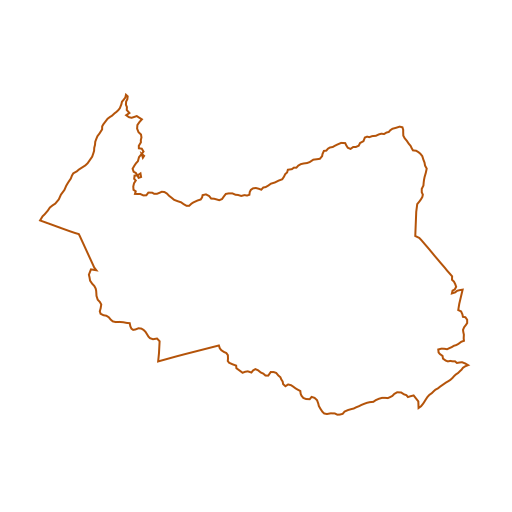 outline of Itapipoca, Ceará, Brazil, rotated 273°
{"feature_id": "56859067B2993519795590", "entity_name": "Itapipoca", "entity_type": "district", "adm_level": 2, "iso_a3": "BRA", "parent_name": "Brazil", "parent_adm1": "Ceará", "projection": "albers", "projection_center": [-39.58, -3.366], "detail": "fine", "context": "isolated", "style": "outline", "palette": "amber", "viewbox_px": 512, "rotation_deg": 273, "n_neighbors": 0, "source": "geoboundaries", "source_scale": "gbopen_adm2", "svg_char_len": 5610}
<svg xmlns="http://www.w3.org/2000/svg" viewBox="0 0 512 512"><g transform="rotate(273 256 256)"><path d="M104.0,330.4L102.3,332.3L101.9,335.1L102.8,338.8L102.9,342.9L101.8,345.5L102.0,347.9L102.9,350.8L105.3,352.6L107.0,356.0L108.1,359.2L108.8,361.6L110.2,364.0L111.4,366.7L112.8,369.1L114.1,371.9L115.2,374.5L116.0,377.3L116.5,380.8L118.3,383.1L119.9,386.3L120.9,389.2L121.1,392.1L121.0,395.1L122.0,397.1L123.4,399.5L125.5,401.3L127.3,404.1L127.3,408.1L125.6,411.0L124.9,413.5L123.1,415.1L124.0,417.5L125.0,420.7L119.3,425.7L112.7,426.3L114.6,428.7L117.4,430.7L119.3,431.8L121.5,433.0L124.2,434.6L126.4,436.4L128.3,438.8L130.3,440.6L131.9,442.2L133.3,444.6L135.2,446.7L137.6,449.8L139.7,452.5L141.1,454.7L142.5,456.6L144.5,458.6L146.3,460.0L148.1,461.7L149.8,464.0L151.7,465.7L153.2,467.2L155.2,468.5L156.8,470.7L158.1,473.5L159.6,470.6L160.7,467.3L160.3,464.8L159.7,462.2L161.2,460.3L161.1,457.8L161.4,455.6L160.8,453.1L161.5,450.9L163.3,448.1L166.0,447.5L167.7,444.8L169.2,443.4L172.2,442.9L173.2,446.1L173.2,449.2L172.9,451.7L174.3,454.3L175.3,456.3L176.7,458.3L177.5,460.6L178.8,462.7L181.1,465.5L182.2,468.1L184.7,467.7L188.3,467.7L190.9,467.0L193.1,466.6L195.8,467.6L198.1,469.2L200.1,470.4L203.4,470.2L205.8,468.3L206.1,465.8L208.5,465.2L211.4,463.7L212.6,460.8L219.0,461.5L233.2,464.1L232.6,461.3L231.8,458.7L230.1,456.8L228.9,453.6L231.7,454.1L233.0,456.2L235.7,457.5L238.4,456.4L240.8,455.0L242.5,453.0L246.0,452.9L251.5,447.5L254.0,445.3L259.0,440.5L265.8,434.1L271.7,428.7L280.7,420.1L282.6,418.1L284.3,414.0L308.6,413.7L316.3,414.3L319.1,416.4L321.3,417.8L323.6,419.0L326.0,419.4L328.3,418.2L331.7,418.0L335.1,419.5L338.1,419.6L340.9,419.8L343.6,420.2L347.9,421.2L352.2,421.9L355.1,420.1L358.1,419.4L361.0,418.1L364.5,416.8L366.8,414.7L368.2,412.8L369.5,410.4L369.7,407.2L371.7,405.9L374.1,404.6L376.2,402.6L378.9,400.6L381.4,398.3L383.9,396.8L387.4,396.5L389.7,396.4L392.2,395.5L392.7,392.7L391.3,389.0L390.2,385.6L388.6,383.5L386.8,382.1L386.1,379.8L384.5,377.5L384.7,374.8L383.9,372.4L382.3,369.4L381.8,365.8L380.6,362.9L381.0,360.7L380.0,358.5L376.3,357.3L374.3,354.0L371.5,352.8L370.1,350.0L369.9,347.3L367.9,344.8L368.9,342.0L371.3,340.3L373.4,339.2L373.4,335.1L371.5,331.3L370.1,328.8L368.9,327.0L368.2,324.1L366.9,322.2L364.9,320.7L364.5,318.3L361.4,317.1L359.2,316.8L356.4,314.7L355.8,311.6L355.2,308.2L352.6,304.7L351.5,302.1L350.9,298.8L350.1,296.0L348.5,293.5L346.3,291.7L346.2,289.2L344.6,287.3L343.8,283.3L341.1,282.7L339.3,280.9L336.7,279.8L334.0,278.2L332.5,274.7L330.4,271.0L329.0,267.1L327.0,264.6L325.3,262.0L324.8,259.7L322.5,257.8L323.3,255.2L323.9,252.3L323.4,249.5L321.8,247.4L319.5,246.4L316.8,246.2L315.9,243.9L316.2,241.3L315.2,238.1L316.0,234.9L316.1,232.3L317.3,229.1L317.1,225.5L316.4,222.6L313.8,220.8L311.1,219.1L309.8,216.4L310.5,213.4L311.0,211.1L311.0,208.2L313.4,206.1L314.9,202.8L314.0,199.5L311.7,199.1L309.5,197.8L308.4,194.8L307.2,192.5L306.2,190.6L304.9,188.8L302.6,186.6L302.5,184.0L304.0,181.0L305.7,178.4L306.6,175.0L307.8,171.3L309.8,168.6L311.6,166.0L313.7,163.8L315.1,161.2L315.2,158.5L314.1,156.4L312.9,153.8L312.8,151.0L313.8,149.0L313.7,145.2L310.9,143.3L310.6,140.4L311.9,137.1L311.7,134.6L311.7,131.9L314.3,132.5L315.7,130.2L319.0,129.8L322.3,130.4L325.1,132.0L326.7,130.3L329.9,130.5L330.2,133.4L332.7,131.6L333.7,129.4L336.7,128.2L340.0,129.9L342.3,131.3L344.5,133.1L348.6,134.0L352.0,136.5L354.4,138.2L357.2,136.3L357.4,133.4L359.9,133.2L363.5,135.1L365.7,134.9L368.4,135.4L371.3,134.8L373.5,132.2L377.0,130.6L380.6,130.7L383.8,132.7L386.5,134.9L388.1,132.0L389.5,129.6L388.6,127.4L387.5,124.5L388.0,121.8L389.8,119.0L392.2,122.1L395.0,119.3L398.0,119.3L400.2,118.2L403.4,118.2L405.8,119.3L408.7,119.5L410.2,117.7L407.4,117.2L404.9,115.5L403.1,114.1L400.4,113.6L396.5,112.3L394.5,110.9L392.5,109.0L391.1,107.3L388.5,104.8L387.3,103.0L385.3,100.6L379.6,96.7L377.4,95.6L374.4,95.7L370.0,93.2L367.4,91.4L364.6,90.4L361.7,89.5L358.5,89.4L355.6,88.8L352.5,88.8L350.1,88.2L346.6,87.2L341.9,84.3L339.8,83.0L337.5,80.8L334.8,77.0L332.9,74.4L331.2,72.7L329.0,69.2L326.7,68.0L323.6,67.0L321.0,65.4L318.9,64.2L316.2,62.8L311.9,61.2L307.1,58.0L302.2,56.1L297.8,52.8L295.9,50.2L293.6,47.6L290.4,45.7L286.5,42.7L284.5,40.8L280.2,38.5L273.0,62.1L270.9,69.1L269.5,74.1L268.6,77.9L266.5,79.1L253.5,85.9L239.4,93.3L236.1,95.0L233.4,97.3L234.0,91.9L231.9,91.2L228.6,90.1L225.8,90.9L222.7,91.6L219.8,93.8L217.6,96.1L215.1,97.6L212.9,98.2L210.5,98.5L207.8,98.8L204.1,100.2L201.9,102.5L199.5,104.0L195.7,103.6L192.6,102.9L190.2,103.8L188.9,106.7L188.5,109.7L187.1,112.2L184.9,114.2L183.2,116.4L182.7,119.3L183.0,123.3L182.9,127.0L182.4,130.4L182.3,133.4L179.2,134.2L176.9,135.4L175.8,137.2L176.3,139.4L177.7,142.5L177.5,145.3L176.3,147.6L174.5,149.6L172.1,151.3L169.9,152.8L168.4,154.4L167.5,157.5L168.4,161.5L165.8,164.2L153.6,164.2L145.6,163.8L149.4,175.2L151.7,182.1L154.1,189.6L164.7,223.6L161.9,224.7L160.1,226.3L158.5,229.0L157.6,231.4L155.5,233.1L152.0,233.4L149.7,233.3L148.0,234.7L146.6,238.3L145.5,241.9L142.9,242.3L140.7,245.7L138.7,248.7L139.8,251.2L140.4,253.8L139.4,257.5L141.6,259.1L143.0,261.3L142.0,264.0L139.9,266.9L138.9,269.5L137.1,271.7L137.2,274.5L140.9,276.8L141.0,279.8L140.3,282.3L137.8,284.6L136.2,286.7L134.1,287.7L132.0,289.2L129.5,289.8L127.5,292.2L129.4,294.8L128.8,297.8L127.5,300.0L125.9,302.4L124.8,304.5L123.5,307.3L120.8,307.8L118.9,308.7L116.7,310.7L115.8,313.4L115.8,317.1L118.2,318.9L117.4,321.9L115.2,324.5L111.9,325.9L109.5,326.6L106.7,328.4L104.0,330.4ZM330.2,133.4L327.9,134.7L328.9,137.1L332.4,136.3L330.2,133.4ZM352.0,136.5L348.2,137.9L350.1,139.0L352.0,136.5Z" fill="none" stroke="#b45309" stroke-width="2"/></g></svg>